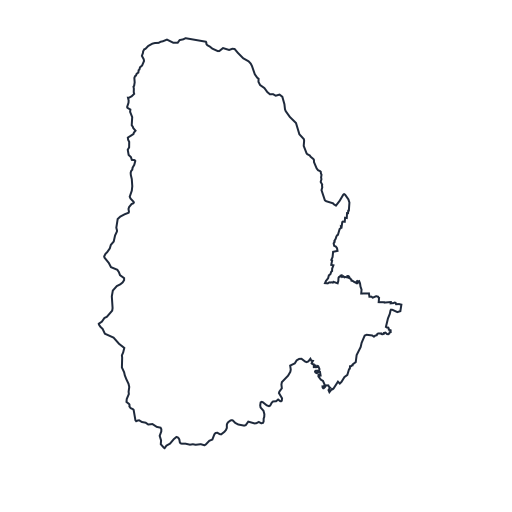 Lan Saka, Nakhon Si Thammarat, Thailand, rotated 9°
{"feature_id": "78962969B56259094306641", "entity_name": "Lan Saka", "entity_type": "district", "adm_level": 2, "iso_a3": "THA", "parent_name": "Thailand", "parent_adm1": "Nakhon Si Thammarat", "projection": "natural_earth1", "projection_center": [99.81, 8.377], "detail": "fine", "context": "isolated", "style": "outline", "palette": "slate", "viewbox_px": 512, "rotation_deg": 9, "n_neighbors": 0, "source": "geoboundaries", "source_scale": "gbopen_adm2", "svg_char_len": 6107}
<svg xmlns="http://www.w3.org/2000/svg" viewBox="0 0 512 512"><g transform="rotate(9 256 256)"><path d="M141.0,387.1L143.9,391.4L145.1,394.4L147.1,397.8L150.1,402.2L151.3,405.2L151.4,410.0L152.0,412.2L150.7,417.5L150.9,420.4L153.9,422.1L154.4,422.9L154.5,424.4L156.0,425.9L158.3,426.5L159.2,427.1L162.6,437.1L163.5,437.9L165.3,436.8L166.4,436.6L169.2,437.8L173.1,437.9L175.9,439.3L180.0,438.2L184.7,440.3L188.6,440.5L189.6,441.9L189.9,444.1L189.0,448.7L191.1,453.0L191.4,456.8L194.9,459.7L195.8,460.1L197.2,457.3L200.4,454.8L203.5,449.7L205.7,447.2L207.1,447.4L208.3,448.3L209.0,449.3L209.9,451.9L210.6,452.7L211.6,453.0L215.6,452.4L220.3,452.7L223.1,451.8L225.9,451.9L230.9,450.5L234.7,451.0L235.9,450.0L238.8,445.8L241.6,444.1L242.8,438.6L243.7,437.2L245.4,436.6L248.0,437.6L249.5,437.6L252.3,434.6L253.5,432.6L254.1,430.4L253.6,427.3L253.8,425.9L254.6,424.4L256.6,422.4L257.9,421.9L258.9,422.1L261.6,424.1L264.8,425.2L270.8,425.4L272.3,424.7L274.3,420.8L280.8,421.6L282.5,421.1L284.7,419.5L287.4,420.4L289.0,419.7L289.4,418.3L289.0,415.4L289.3,413.6L289.0,410.9L287.6,407.7L284.2,404.9L283.5,402.8L283.5,399.9L284.3,399.2L285.5,399.3L289.9,401.8L292.3,402.3L293.4,401.5L294.5,398.4L295.6,397.0L298.6,396.3L300.3,394.3L302.6,395.6L303.4,395.6L304.1,394.9L304.0,392.5L300.1,387.8L300.3,386.3L302.2,382.6L301.2,378.9L301.3,376.5L306.4,369.2L308.0,365.1L308.1,362.8L306.9,358.9L311.1,356.0L312.5,352.7L314.7,350.9L317.0,350.4L321.1,352.6L322.6,352.9L324.2,351.9L325.8,349.0L327.0,350.7L328.6,350.7L327.7,353.3L328.6,353.9L330.0,354.0L330.5,356.7L331.5,356.5L331.7,354.8L332.2,354.9L332.8,356.4L334.1,356.0L334.3,355.0L334.7,355.1L336.3,357.6L336.4,358.5L335.8,359.4L332.7,360.1L332.4,360.9L332.8,361.6L334.0,362.2L336.6,360.3L337.3,360.4L338.5,364.0L337.9,364.2L336.3,363.5L336.5,365.2L339.4,368.0L341.7,368.9L344.0,372.5L343.2,374.4L342.1,374.4L342.2,375.1L343.0,376.1L343.5,376.1L344.7,374.5L345.3,372.9L347.7,372.5L348.5,373.7L349.7,374.4L348.6,377.1L349.8,379.0L351.8,375.4L352.5,375.7L353.3,374.8L356.6,367.3L358.7,368.9L360.1,367.0L362.3,361.7L364.8,359.2L365.6,353.3L366.3,352.6L366.1,350.2L367.3,349.9L367.7,349.1L368.5,348.9L368.6,347.8L371.1,345.2L370.9,338.1L373.6,329.6L373.9,325.2L375.8,317.6L377.6,316.5L383.2,316.3L385.1,317.2L386.3,315.9L387.6,315.4L388.1,313.9L388.9,313.4L391.9,312.9L392.2,313.5L393.3,313.5L394.6,312.7L394.4,312.0L395.8,311.4L397.6,312.6L398.8,312.6L399.8,311.7L399.9,310.4L400.9,310.1L400.6,308.3L398.7,308.0L398.4,306.7L397.7,306.0L396.7,306.2L395.4,305.7L396.1,297.0L397.2,292.2L397.4,288.7L397.7,287.9L399.1,287.8L404.4,289.3L407.2,287.9L407.2,281.3L404.8,281.1L401.9,281.7L401.2,280.4L400.2,280.3L399.2,281.0L396.4,281.7L396.3,280.4L390.2,281.9L390.0,281.6L384.4,282.4L384.1,278.1L383.5,277.9L383.0,277.1L381.0,276.9L377.8,278.9L376.4,278.1L374.4,278.5L373.4,275.3L365.8,276.6L365.5,272.7L364.0,269.9L363.0,266.7L361.8,264.7L361.0,265.3L360.5,265.0L360.3,265.6L359.8,265.4L359.8,266.2L360.6,266.6L360.6,267.0L359.5,267.2L358.0,266.3L357.4,266.5L356.0,265.7L354.1,265.4L353.9,264.4L352.9,263.9L352.6,263.4L351.1,263.1L351.3,262.1L350.5,261.4L349.5,261.5L349.7,262.5L349.4,262.8L347.0,262.8L346.6,263.2L345.5,262.4L345.1,262.8L344.6,262.5L344.1,263.2L343.3,262.6L343.3,261.8L342.5,262.2L342.2,263.3L341.2,263.8L340.9,264.7L341.2,267.7L340.9,270.2L336.5,269.4L336.1,270.3L334.3,270.2L333.7,270.6L332.5,270.6L331.2,271.8L328.4,272.0L329.0,269.7L330.7,266.7L331.0,263.7L332.3,262.4L332.8,259.7L333.5,259.0L333.2,256.6L333.9,253.1L331.7,253.0L331.9,248.5L331.0,248.1L331.8,245.1L331.5,239.8L335.7,238.2L334.8,235.6L333.4,234.2L331.6,233.7L330.7,231.3L331.5,229.7L331.0,229.0L332.0,226.5L332.3,224.3L332.8,222.9L333.6,222.3L334.4,216.2L335.6,215.0L335.3,213.7L336.0,214.0L335.9,209.0L336.4,208.4L338.3,208.3L338.0,204.3L339.7,204.3L339.2,199.4L340.2,199.3L340.0,196.8L340.6,196.6L339.9,188.6L338.4,185.6L334.5,181.6L333.3,181.1L332.6,181.8L330.0,188.4L327.1,193.7L324.7,192.7L323.8,191.9L316.7,190.9L315.3,190.2L310.4,180.7L310.7,177.7L310.2,176.3L310.2,175.1L308.3,172.7L308.6,169.9L308.0,168.2L308.0,165.5L307.2,164.3L306.8,162.7L305.9,162.1L303.9,161.6L302.2,160.0L298.6,154.2L298.2,152.1L297.6,151.3L294.4,149.4L293.4,148.3L290.7,147.4L289.9,146.7L285.9,139.8L285.5,134.6L285.0,133.1L279.8,129.0L274.7,118.4L267.7,113.4L262.7,108.3L261.7,106.6L260.3,101.6L257.1,94.6L254.0,92.9L250.4,94.6L247.5,93.5L244.5,94.1L241.5,92.3L238.0,88.8L233.3,86.5L231.2,83.6L230.8,80.5L229.3,79.7L226.4,76.7L222.3,69.0L220.7,66.8L218.3,64.9L212.4,62.7L206.3,58.2L202.5,54.9L200.3,55.0L197.2,56.7L190.9,55.8L187.7,59.3L186.2,59.6L180.4,58.0L177.7,56.4L174.9,55.4L173.8,54.3L173.5,52.9L173.0,52.2L152.4,51.9L150.2,53.4L146.8,54.7L145.3,57.6L140.9,58.3L134.2,56.2L130.4,58.5L128.3,59.3L126.5,60.7L122.7,61.5L120.4,62.5L116.7,65.4L114.4,68.7L113.3,69.3L112.5,71.6L112.6,73.0L112.0,76.2L114.3,79.2L114.9,80.9L113.7,85.7L111.9,87.8L111.7,90.0L111.0,90.9L111.1,93.2L109.6,94.7L109.2,96.6L108.4,97.3L108.0,99.2L109.0,103.5L109.0,107.0L108.5,107.9L109.2,109.9L109.6,113.2L110.3,114.9L108.2,117.7L105.7,119.6L104.8,119.7L105.9,122.4L106.1,124.6L105.4,129.0L105.9,129.8L109.0,131.0L109.1,133.3L112.0,138.2L112.8,146.3L114.1,147.6L114.8,148.9L117.4,151.1L116.1,153.2L115.9,154.7L110.9,159.1L111.5,161.2L112.9,163.1L113.7,168.6L112.7,171.1L114.4,176.1L117.0,177.9L118.3,180.5L121.1,180.3L121.9,181.0L121.5,185.0L120.3,188.0L120.3,190.1L119.4,191.6L119.2,193.5L119.7,195.6L121.3,199.5L122.9,206.5L123.1,210.9L122.0,217.2L123.1,218.9L126.6,221.6L127.0,222.4L126.4,223.3L125.0,224.1L123.0,227.5L122.7,229.5L123.6,232.2L123.4,233.2L119.8,235.3L115.8,238.3L113.6,241.1L113.6,249.9L114.7,252.5L114.8,253.6L113.6,257.7L113.2,264.0L110.9,267.7L110.4,271.4L108.4,275.5L107.0,277.4L106.1,280.1L106.6,281.3L111.7,285.9L114.5,289.7L121.2,291.3L123.1,293.4L124.7,296.2L129.2,298.5L129.5,300.5L128.4,303.0L126.4,305.2L123.2,307.5L120.0,312.5L119.9,318.4L122.5,329.9L122.5,332.5L118.2,339.4L116.0,340.9L114.0,345.0L111.3,347.5L111.6,348.3L113.3,350.2L115.9,352.0L118.9,356.4L128.1,358.9L134.5,364.2L140.3,367.4L139.9,372.0L139.1,375.1L139.7,377.3L141.0,387.1Z" fill="none" stroke="#1e293b" stroke-width="2"/></g></svg>